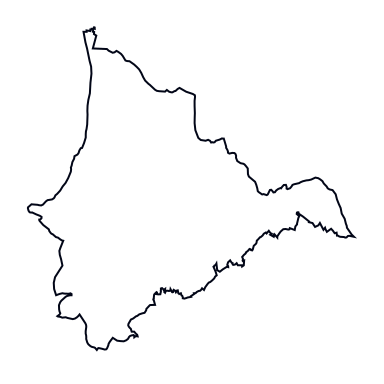 Xoxocotla, Puebla, Mexico, rotated 182°
{"feature_id": "50627088B45118812748540", "entity_name": "Xoxocotla", "entity_type": "district", "adm_level": 2, "iso_a3": "MEX", "parent_name": "Mexico", "parent_adm1": "Puebla", "projection": "equal_earth", "projection_center": [-97.166, 18.63], "detail": "fine", "context": "isolated", "style": "outline", "palette": "ink", "viewbox_px": 384, "rotation_deg": 182, "n_neighbors": 0, "source": "geoboundaries", "source_scale": "gbopen_adm2", "svg_char_len": 5921}
<svg xmlns="http://www.w3.org/2000/svg" viewBox="0 0 384 384"><g transform="rotate(182 192 192)"><path d="M293.1,345.0L295.5,346.4L295.4,348.5L296.6,348.7L296.4,351.3L296.1,352.0L294.9,351.7L295.0,353.0L295.6,353.2L295.9,352.7L296.0,352.7L296.5,351.3L298.2,351.6L298.6,350.6L299.3,350.7L299.3,349.3L303.0,349.8L302.9,348.4L306.0,348.3L303.7,337.8L301.9,331.8L298.9,319.4L297.2,313.8L296.6,306.7L297.3,297.7L297.5,287.0L298.8,280.4L299.4,274.6L299.4,269.4L299.1,265.7L299.1,255.8L299.6,251.2L300.1,249.0L300.2,246.3L300.1,242.7L301.6,237.1L303.4,232.2L304.7,231.9L306.0,229.6L306.7,227.0L307.8,225.4L310.7,223.7L311.0,221.1L312.6,217.7L313.2,214.2L313.9,212.1L313.6,210.6L313.8,208.1L316.2,201.6L318.7,196.6L321.4,193.1L323.8,188.8L326.7,185.4L328.4,183.9L329.3,181.7L330.0,180.8L331.6,179.7L336.1,178.8L337.7,177.5L340.5,174.2L342.3,173.3L344.6,173.5L345.7,173.8L352.0,174.1L355.4,170.9L355.4,169.8L354.7,167.6L353.6,166.1L352.0,165.8L351.1,166.0L346.9,164.2L343.2,162.9L341.5,161.9L341.5,160.6L342.0,159.9L343.0,159.2L343.7,159.1L343.6,158.3L343.1,157.6L339.5,153.8L333.8,149.7L333.2,147.9L331.7,146.0L331.0,145.4L329.7,144.9L326.4,142.2L324.3,141.7L322.4,140.3L320.4,139.1L319.0,138.8L321.7,131.2L322.5,128.5L321.9,124.5L320.5,120.3L318.9,113.9L325.9,102.1L327.0,96.4L326.4,90.2L324.2,84.1L320.8,85.5L318.0,86.3L316.1,86.0L311.5,86.0L309.9,86.5L308.8,85.8L308.8,84.6L310.5,84.5L313.3,83.7L314.7,82.8L318.8,78.8L319.9,77.2L321.0,74.2L320.7,70.0L320.2,67.9L319.4,66.2L320.0,65.0L322.2,63.2L321.7,62.9L319.1,62.6L317.3,61.9L313.8,62.4L312.1,61.8L306.7,60.8L304.6,61.4L302.7,62.7L301.3,64.1L300.1,65.7L294.0,57.1L293.3,55.7L293.0,54.3L293.0,53.0L293.4,49.2L293.3,46.7L292.8,45.0L292.6,43.1L292.6,41.4L291.4,37.9L290.3,36.2L288.1,34.4L286.6,33.7L284.5,33.3L283.5,32.9L281.6,30.8L280.5,32.5L279.8,32.8L276.5,32.2L273.7,31.5L272.2,31.8L271.5,32.7L270.9,34.2L270.3,35.8L270.0,37.5L268.9,39.5L266.1,43.5L261.6,40.8L258.3,40.5L255.0,40.4L252.6,41.5L250.8,43.0L249.8,45.0L248.8,46.0L247.5,46.5L245.4,47.0L244.8,46.5L244.6,44.8L243.2,46.0L241.3,45.8L241.8,47.4L243.1,48.4L244.9,50.4L247.4,50.3L248.4,53.2L249.4,54.0L250.5,55.3L251.1,56.6L250.9,58.0L248.6,62.4L246.4,63.5L243.6,65.8L242.3,66.3L240.4,67.9L237.4,69.0L235.2,69.6L233.7,72.1L233.5,73.6L230.2,77.4L229.5,77.6L225.0,77.9L226.4,82.5L226.9,83.0L226.5,83.9L226.7,84.1L226.5,84.8L226.3,87.8L226.1,88.4L224.3,90.4L223.9,90.7L223.5,90.3L223.3,89.7L223.8,88.7L222.1,88.5L220.1,88.7L219.6,91.5L219.8,92.5L219.6,93.1L219.7,94.5L218.6,94.9L217.5,94.0L216.9,93.1L215.5,94.2L215.6,92.7L216.2,91.1L215.4,90.4L214.6,92.4L212.7,92.5L212.2,92.3L211.3,92.3L210.3,92.6L210.1,94.2L209.8,93.7L209.4,92.6L209.2,92.6L208.4,91.2L208.1,91.1L207.5,91.3L207.1,93.3L206.9,93.6L205.3,92.5L204.6,91.2L204.4,91.5L204.5,92.7L202.8,93.2L202.1,90.3L201.6,90.1L201.2,89.6L199.6,90.4L198.9,88.3L198.1,87.9L197.5,86.4L197.5,85.5L195.9,85.2L193.8,85.9L192.8,86.4L189.1,87.2L189.4,87.9L186.2,90.2L186.5,90.9L184.8,91.1L183.7,92.3L181.9,93.3L180.4,93.6L179.4,94.7L178.6,96.1L176.6,94.5L175.4,97.4L173.1,100.8L172.0,102.1L170.6,102.7L168.7,104.4L166.8,106.4L165.9,108.3L164.4,109.6L165.7,113.4L167.9,118.0L167.3,118.4L167.1,119.2L165.9,119.9L165.1,121.4L164.1,114.8L161.4,113.3L158.5,115.8L154.5,118.5L153.2,118.2L153.3,119.2L154.2,120.4L153.5,123.0L151.5,125.0L150.8,123.9L149.3,122.1L149.0,122.2L148.8,121.0L148.3,120.6L146.8,120.9L146.2,121.2L144.9,122.4L143.7,120.4L139.5,120.5L139.3,119.3L137.7,120.5L137.5,125.3L138.7,124.7L139.0,125.1L138.7,126.9L139.6,128.8L137.9,131.0L136.4,132.3L135.8,133.4L135.9,133.6L134.1,135.1L132.6,137.0L131.3,136.2L131.2,136.6L129.8,135.8L129.3,136.5L128.4,140.4L126.5,142.2L125.9,143.1L125.7,144.0L125.5,145.7L124.5,146.7L122.4,149.2L121.8,149.3L119.9,151.0L118.8,152.8L116.8,154.1L116.0,153.2L113.9,155.9L112.6,154.2L111.1,153.0L112.3,152.0L108.9,150.2L108.9,151.9L108.1,151.1L107.8,151.5L107.7,152.2L105.2,149.5L105.2,150.6L103.5,153.4L102.0,155.6L99.5,158.0L97.2,158.3L94.5,157.8L93.3,158.1L93.0,159.3L88.0,157.6L87.5,161.2L85.9,163.3L86.0,163.7L84.8,169.7L84.0,171.6L86.6,173.7L86.4,175.1L85.4,175.5L84.9,175.4L84.6,174.1L80.2,171.3L73.9,166.6L74.1,165.9L70.5,165.2L67.8,161.4L64.5,163.1L63.1,165.5L59.3,158.8L57.8,160.9L57.4,159.7L55.8,156.9L51.7,160.1L49.8,158.2L48.0,155.8L46.1,156.4L45.6,153.5L44.9,153.6L43.3,152.7L42.2,152.4L38.5,152.3L37.3,151.8L36.0,152.0L34.6,153.5L33.3,153.7L28.6,152.9L31.0,155.1L35.9,161.7L36.2,163.6L37.1,165.7L38.5,170.6L41.6,175.6L42.9,181.2L44.9,185.2L46.9,189.8L48.3,194.7L51.6,198.8L54.7,199.4L56.5,200.4L57.6,202.2L60.6,205.1L62.0,207.4L64.2,209.0L66.3,210.2L69.2,210.7L73.3,208.6L75.8,207.9L78.1,207.6L81.6,206.6L83.8,205.6L85.3,204.6L90.2,203.3L91.8,202.6L92.7,201.0L94.1,199.2L96.6,198.2L97.6,198.7L97.6,200.3L98.4,202.4L100.5,202.2L101.9,200.6L103.1,198.8L103.6,199.1L106.0,198.0L107.9,196.5L109.1,194.7L110.6,194.4L111.8,195.9L113.0,197.0L114.2,196.7L116.2,192.2L117.2,191.5L120.4,192.4L121.8,192.0L125.4,194.3L126.3,195.2L126.9,198.0L128.0,201.4L129.3,204.4L135.7,209.4L136.7,211.8L137.1,217.5L138.9,219.7L140.5,221.4L141.6,222.0L144.5,222.5L147.8,224.5L149.2,227.7L149.2,229.8L149.8,231.4L150.9,232.4L153.1,232.5L156.0,231.7L157.4,232.5L157.5,233.8L158.2,235.5L159.4,237.3L159.5,238.8L162.1,246.5L163.0,246.4L163.9,246.6L166.3,245.3L169.9,244.1L171.2,242.5L172.6,242.2L173.6,242.5L174.6,242.1L175.8,243.8L177.7,244.7L180.2,243.7L185.1,244.3L187.6,246.3L190.8,253.9L191.8,260.9L191.9,266.7L191.9,270.9L192.4,278.0L192.6,283.2L192.3,287.2L192.5,288.8L194.6,290.0L201.3,292.0L208.1,295.6L209.9,294.5L212.0,292.4L213.0,292.2L215.1,290.9L216.2,290.9L218.3,291.4L220.7,293.1L222.4,291.4L228.4,291.6L230.7,291.9L232.5,292.9L238.0,297.7L239.2,298.5L242.7,301.7L244.7,304.9L246.9,309.3L249.1,312.7L251.6,315.1L254.3,317.4L259.0,320.5L261.4,320.6L263.1,321.1L266.0,325.6L267.7,327.5L270.5,329.4L272.4,330.4L274.3,328.9L276.1,328.4L280.2,330.3L282.0,331.9L296.1,332.0L293.1,345.0Z" fill="none" stroke="#020617" stroke-width="2"/></g></svg>